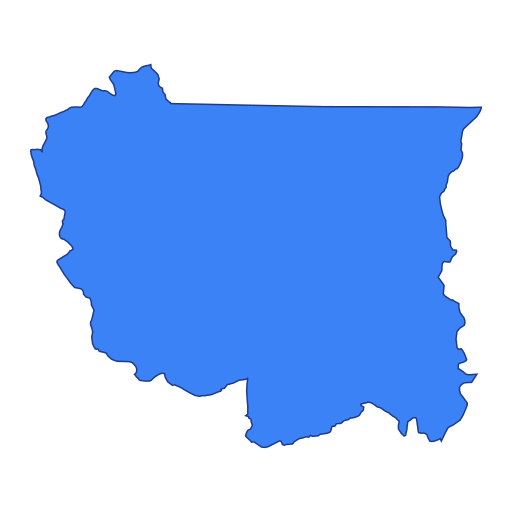 the district of Lubao, Kasaï-Oriental, Democratic Republic of the Congo
{"feature_id": "63176286B12881144084902", "entity_name": "Lubao", "entity_type": "district", "adm_level": 2, "iso_a3": "COD", "parent_name": "Democratic Republic of the Congo", "parent_adm1": "Kasaï-Oriental", "projection": "albers", "projection_center": [25.343, -5.578], "detail": "fine", "context": "isolated", "style": "filled", "palette": "blue", "viewbox_px": 512, "rotation_deg": 0, "n_neighbors": 0, "source": "geoboundaries", "source_scale": "gbopen_adm2", "svg_char_len": 5910}
<svg xmlns="http://www.w3.org/2000/svg" viewBox="0 0 512 512"><path d="M458.9,303.6L454.6,301.4L452.7,299.9L451.0,300.0L445.2,296.2L443.3,294.0L443.6,290.4L444.1,285.5L442.6,283.2L438.2,277.3L439.4,275.1L441.8,270.7L441.9,267.8L442.2,263.9L443.6,261.7L444.6,261.6L446.7,261.9L449.5,262.1L450.4,261.6L450.8,260.1L451.9,257.4L453.2,256.1L455.8,253.7L456.7,251.2L456.2,250.1L453.0,250.0L450.6,246.6L450.3,241.1L446.8,237.3L446.7,234.4L446.2,228.6L445.8,224.5L445.8,220.6L443.2,215.1L441.9,210.5L440.4,204.1L439.6,197.1L440.2,195.2L441.6,193.0L444.2,190.9L444.8,189.0L446.1,187.5L446.1,185.3L447.4,181.9L448.1,176.6L449.2,174.2L451.5,171.9L454.2,170.6L455.2,169.4L457.0,168.7L458.4,167.1L460.8,162.3L462.1,158.5L462.6,155.6L462.4,152.8L461.0,149.9L461.7,143.5L461.0,142.2L460.9,140.6L462.6,131.0L463.6,128.9L476.8,116.5L479.9,111.6L481.0,109.0L481.3,107.2L469.6,107.5L437.5,106.9L324.1,106.7L238.4,105.0L211.1,104.4L170.7,103.6L170.6,102.8L168.5,101.5L165.7,98.7L165.2,94.8L162.9,91.9L162.4,88.2L160.2,87.1L158.8,85.6L158.2,83.4L159.2,78.9L157.8,74.6L156.3,72.8L151.5,68.4L151.0,67.1L150.8,64.6L149.5,65.1L147.9,65.4L145.1,66.0L143.0,66.6L141.8,67.2L141.2,67.7L139.2,69.6L137.9,71.2L136.4,71.9L134.5,72.4L131.3,72.7L128.1,72.7L124.1,72.0L122.1,71.6L120.0,71.1L118.4,70.9L117.2,70.6L115.5,70.7L114.2,71.3L113.0,72.6L112.0,73.9L110.9,75.2L110.2,76.1L109.5,76.9L109.3,77.3L109.9,78.6L110.4,79.8L111.3,80.8L112.3,82.5L113.4,83.9L113.9,85.1L114.5,87.9L115.1,90.1L115.3,91.1L115.4,92.2L116.0,93.6L115.0,95.5L114.0,95.6L112.1,94.8L110.8,94.0L108.8,92.6L107.3,91.4L105.0,90.7L103.5,90.8L102.5,90.8L101.3,90.3L98.2,89.0L96.2,88.4L94.4,88.6L93.6,89.5L92.5,90.5L90.5,93.7L89.5,95.6L87.9,97.5L87.0,98.9L86.4,100.2L85.7,101.2L85.0,102.1L82.5,106.3L81.3,107.1L80.2,107.2L78.6,107.1L75.9,107.0L74.6,107.1L73.6,107.1L71.5,107.2L69.2,108.2L67.5,109.8L65.4,110.5L64.3,111.3L62.0,112.1L60.0,112.9L55.8,114.9L52.7,115.9L50.8,116.3L49.5,117.0L47.1,117.4L45.9,118.7L46.0,120.1L46.4,121.4L47.4,122.7L48.0,123.7L48.1,124.9L48.3,126.1L48.3,127.1L47.9,128.2L47.4,129.1L46.6,130.2L45.9,131.8L46.0,133.7L46.3,134.6L46.7,136.0L46.9,138.1L46.1,140.0L45.2,141.7L44.3,143.3L43.5,144.9L42.9,146.0L42.5,147.5L42.1,149.0L42.0,150.5L42.3,151.6L41.9,151.5L40.6,149.7L36.9,149.3L34.8,149.7L32.4,149.5L31.2,149.7L30.7,150.6L30.9,151.9L31.0,153.2L31.3,154.9L32.0,157.2L32.7,159.0L33.8,161.8L33.9,163.3L34.1,165.0L35.4,168.5L36.2,170.9L36.7,173.2L37.6,175.8L38.5,177.7L40.4,184.8L40.8,186.7L40.9,189.1L41.4,192.0L41.2,194.0L40.2,196.2L42.7,197.2L45.6,199.7L47.9,201.1L51.3,202.9L56.9,206.1L60.3,208.1L63.3,209.3L64.6,210.4L65.1,211.4L65.1,212.6L64.9,213.8L64.4,216.2L63.9,219.1L62.8,220.4L62.4,221.3L62.5,222.1L62.7,222.9L62.8,223.8L63.1,223.9L61.6,227.6L59.9,230.9L59.4,232.6L59.4,234.9L60.4,237.7L62.2,239.0L63.7,239.1L65.3,240.3L66.7,241.2L68.1,242.4L71.7,246.0L72.9,248.3L72.9,249.2L71.2,250.5L69.8,251.0L68.9,252.5L68.0,253.5L66.8,254.6L63.5,256.5L58.0,260.0L57.1,261.0L56.9,262.2L57.9,264.1L58.8,265.6L60.5,268.1L62.7,271.9L64.7,275.1L66.5,277.3L70.5,283.0L74.6,287.5L78.3,288.2L81.4,289.0L82.5,290.1L83.4,291.8L83.5,294.1L86.1,297.1L90.0,298.2L91.3,301.9L91.4,304.9L94.0,310.2L91.7,319.9L90.7,321.8L90.5,324.1L92.4,330.2L92.6,332.7L91.7,336.8L92.6,343.7L94.3,347.5L95.2,348.8L96.1,349.2L97.7,349.0L98.3,349.3L98.9,350.8L100.0,351.5L103.4,352.2L106.0,353.0L108.3,356.4L111.2,358.9L113.1,359.9L117.2,361.3L121.6,361.4L124.8,361.5L129.5,361.7L132.0,362.5L133.6,363.8L135.8,366.5L136.6,368.5L136.7,371.2L135.8,373.4L134.5,374.3L136.9,377.4L138.3,378.4L139.1,379.8L140.5,380.5L142.6,380.7L146.3,381.1L149.5,381.0L151.2,380.3L153.3,378.2L155.7,376.3L159.5,374.0L162.1,373.2L164.5,373.7L165.2,377.2L167.7,381.8L172.2,385.2L174.9,384.9L176.4,385.6L179.0,386.7L182.1,388.2L184.5,389.8L188.3,392.0L191.0,393.4L195.0,395.4L199.5,396.3L202.6,395.6L204.0,395.8L211.3,394.7L218.1,391.9L220.7,391.2L221.4,390.3L220.9,389.4L221.9,388.8L224.5,388.3L227.1,384.8L228.3,384.3L229.3,384.3L229.6,384.0L233.2,383.1L239.3,380.1L242.1,379.9L245.9,379.3L247.5,378.4L247.6,379.4L247.0,384.7L246.7,390.6L247.1,398.4L247.8,406.8L247.8,414.1L245.7,415.7L248.7,416.6L248.6,417.5L249.2,418.4L250.5,418.8L251.1,419.5L251.1,421.7L252.4,425.2L251.4,427.6L250.1,429.3L247.7,430.5L246.5,432.7L245.6,435.6L246.0,436.6L250.8,441.1L251.5,442.2L253.3,441.9L254.1,442.0L254.7,442.4L261.6,447.1L264.8,447.4L267.9,446.8L276.8,442.3L279.9,440.7L281.5,441.9L282.3,444.5L284.3,445.2L286.2,444.5L292.7,443.9L294.1,441.8L299.0,438.7L303.6,437.7L305.7,436.8L308.5,437.1L309.3,436.8L310.5,435.3L312.3,436.3L318.2,435.8L320.0,434.3L327.1,433.3L329.7,432.3L330.7,431.1L331.7,427.2L332.3,426.2L333.0,426.3L334.4,426.2L335.4,425.6L336.1,424.1L337.0,423.6L340.2,423.5L341.8,422.8L343.8,420.8L344.8,420.4L348.1,419.7L350.2,418.2L354.5,417.5L358.0,416.2L359.5,415.1L361.1,412.2L363.2,410.4L363.8,407.2L361.0,405.3L360.8,404.6L361.1,403.9L366.9,402.7L367.7,402.0L370.4,402.6L372.3,403.3L374.9,405.1L377.1,406.8L379.8,407.6L381.5,408.3L384.4,410.6L388.8,412.9L392.4,415.8L395.9,417.9L397.3,419.6L399.2,421.3L398.4,425.3L398.4,428.7L399.6,430.8L401.2,433.2L404.0,436.0L405.6,435.4L406.9,429.2L407.1,426.3L407.9,421.5L410.1,420.3L412.9,417.9L415.7,417.6L416.6,419.2L418.3,431.6L418.6,432.6L420.8,433.2L423.3,433.0L425.6,433.6L426.9,434.8L428.2,438.2L429.9,441.3L433.2,441.4L435.3,440.8L438.4,439.6L440.3,438.6L441.3,441.1L445.7,431.9L448.2,427.5L453.4,424.8L460.2,420.0L463.1,415.0L466.0,408.3L467.3,404.8L467.3,403.1L462.3,396.2L460.4,393.7L459.5,390.1L459.6,386.9L461.4,384.6L464.1,382.9L467.9,382.5L471.6,382.4L476.9,374.2L468.6,374.8L466.0,374.2L463.4,371.9L459.2,369.0L458.3,368.8L458.3,364.7L459.2,363.4L463.5,362.1L465.9,360.8L466.7,359.7L464.3,353.4L462.1,349.8L461.0,348.7L458.7,349.4L457.1,347.8L456.0,339.1L457.0,331.7L459.5,328.4L464.2,325.3L465.0,323.2L464.7,319.9L463.6,317.3L462.1,315.4L460.1,312.6L458.9,307.8L458.9,305.5L458.9,303.6Z" fill="#3b82f6" stroke="#1e3a8a" stroke-width="1.5"/></svg>